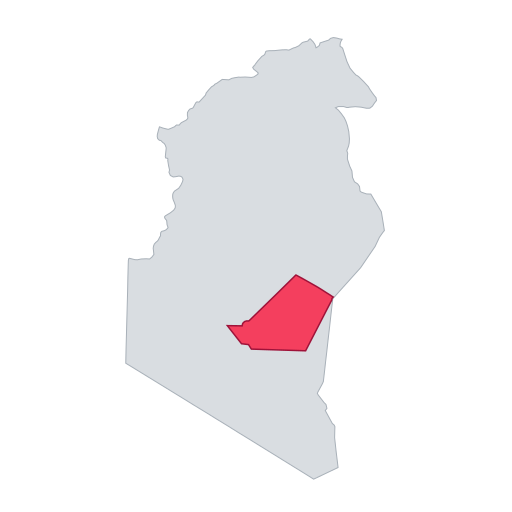 location of Borkou Yala, Borkou, Chad, rotated 182°
{"feature_id": "50815135B13621547433724", "entity_name": "Borkou Yala", "entity_type": "district", "adm_level": 2, "iso_a3": "TCD", "parent_name": "Chad", "parent_adm1": "Borkou", "projection": "robinson", "projection_center": [17.629, 17.462], "detail": "fine", "context": "in_parent", "style": "filled", "palette": "rose", "viewbox_px": 512, "rotation_deg": 182, "n_neighbors": 0, "source": "geoboundaries", "source_scale": "gbopen_adm2", "svg_char_len": 4041}
<svg xmlns="http://www.w3.org/2000/svg" viewBox="0 0 512 512"><g transform="rotate(182 256 256)"><path d="M382.4,144.3L382.6,156.6L382.7,169.0L382.8,181.3L382.9,193.7L383.0,206.0L383.1,218.4L383.3,230.7L383.4,243.1L383.4,247.1L383.1,248.8L383.0,249.0L382.5,249.3L376.8,248.1L374.3,248.1L370.7,249.0L365.6,249.4L362.2,249.3L359.9,251.4L358.1,254.0L359.0,260.1L358.8,262.1L358.1,264.3L356.6,266.1L355.0,267.5L354.1,268.8L352.9,271.5L352.1,272.8L352.2,274.6L351.9,276.4L350.9,277.4L348.5,278.1L347.0,278.9L345.7,280.2L344.9,281.2L345.3,282.5L346.0,284.2L346.3,286.9L346.6,288.5L347.8,289.8L348.5,290.8L348.8,291.9L348.1,292.9L345.1,294.9L343.9,295.6L342.6,296.6L342.1,297.0L339.9,298.9L338.8,300.6L338.3,301.9L338.4,303.9L339.5,306.7L340.7,309.2L341.2,311.0L341.4,313.0L341.3,315.0L340.7,316.6L339.6,318.1L335.6,321.0L333.6,324.1L332.0,327.8L331.6,329.9L332.1,331.2L332.9,332.4L334.1,333.0L335.9,333.2L338.8,332.5L341.5,332.1L344.4,333.5L345.9,336.6L345.4,338.9L346.5,343.1L347.5,348.2L347.4,349.9L347.8,350.5L349.7,350.8L350.1,352.0L349.5,360.9L350.4,363.4L351.6,365.2L353.0,366.1L354.3,367.3L355.1,368.1L356.7,368.3L358.4,369.9L358.9,372.0L358.8,374.1L357.8,378.6L357.0,381.7L355.9,381.4L353.8,380.7L351.2,380.1L348.1,379.5L345.1,380.8L341.8,382.4L340.8,383.5L339.9,384.2L338.5,384.1L337.1,384.3L336.4,385.5L335.2,386.7L330.6,389.3L329.6,390.3L329.0,391.2L329.0,392.2L329.5,394.3L329.5,397.0L328.4,399.1L327.2,400.5L325.8,401.1L324.7,401.4L323.9,402.2L321.5,407.1L320.4,408.0L318.3,407.8L312.1,415.0L311.5,417.2L309.2,420.2L306.4,423.5L303.8,425.2L303.6,425.8L302.9,426.4L301.3,427.2L295.9,431.3L289.3,431.1L286.4,432.7L283.6,433.4L279.5,434.2L278.2,434.1L273.0,434.5L266.8,434.3L264.4,434.9L262.1,436.5L260.5,437.8L260.2,438.3L260.5,438.9L260.4,439.3L264.8,442.6L265.9,444.3L264.8,445.9L264.2,446.1L263.5,447.5L260.9,451.2L257.1,455.7L255.1,457.0L254.3,457.8L253.3,460.8L252.6,461.2L250.0,461.6L244.7,461.9L237.4,462.9L233.0,463.2L230.3,462.9L226.5,464.9L225.1,465.5L224.3,465.6L220.5,467.6L217.4,470.7L216.3,471.3L211.8,472.6L210.1,474.7L209.3,474.9L206.4,472.1L204.5,469.5L203.5,467.0L203.4,466.2L202.9,466.3L201.3,467.5L200.0,468.7L199.4,471.2L194.8,472.9L190.9,474.3L189.1,476.1L186.3,477.0L182.8,476.6L180.1,475.9L177.5,475.6L178.7,473.4L179.2,471.7L179.4,469.7L179.2,468.3L177.6,467.6L176.6,466.5L174.3,460.1L171.9,453.5L168.6,447.0L165.0,442.9L162.4,440.3L161.6,440.0L160.2,439.2L159.3,438.5L154.5,434.1L149.6,429.1L148.3,426.9L145.8,423.5L143.1,420.1L141.6,418.5L141.0,415.6L142.9,413.1L144.9,409.8L147.4,407.7L150.7,407.5L156.1,408.4L161.9,408.7L167.6,408.0L169.1,407.6L170.6,407.6L173.6,408.4L179.0,408.2L181.8,406.9L178.8,404.7L175.6,401.1L172.6,397.2L170.8,393.7L169.1,389.2L167.6,383.5L166.7,376.3L166.8,372.2L167.3,369.2L168.9,364.5L167.9,361.6L168.1,359.4L168.0,356.0L167.4,354.3L165.4,348.8L165.0,348.1L163.1,344.3L162.3,337.9L160.2,333.6L156.9,331.6L155.0,329.1L154.3,324.6L153.0,323.5L147.8,321.9L143.4,321.9L140.2,316.9L136.1,310.5L132.3,304.6L129.9,292.7L128.6,285.9L130.2,283.8L133.3,279.0L137.3,269.7L146.4,255.3L151.0,248.0L160.2,237.0L171.5,223.5L177.8,215.9L178.9,202.1L180.0,187.5L180.9,176.4L181.9,163.3L182.8,152.3L183.4,144.3L184.3,133.0L185.1,130.9L189.5,122.0L189.9,120.8L189.0,119.3L182.8,111.8L180.9,110.1L179.8,106.2L181.4,104.0L173.9,91.3L172.0,89.8L171.2,88.2L171.2,85.9L171.1,77.2L169.1,63.4L166.6,47.5L175.4,42.9L182.1,39.4L190.6,35.0L198.5,39.6L209.9,46.1L221.3,52.6L232.8,59.2L244.2,65.7L255.7,72.3L267.2,78.8L278.6,85.4L290.1,91.9L301.6,98.5L313.2,105.0L324.7,111.6L336.2,118.1L347.8,124.7L359.3,131.2L370.9,137.8L382.4,144.3Z" fill="#d9dde1" stroke="#a8b0b8" stroke-width="1"/><path d="M282.2,185.4L279.4,182.0L267.4,167.8L267.2,167.8L260.4,167.2L257.4,162.8L203.1,163.0L179.0,214.1L178.7,214.8L178.6,216.2L177.4,217.7L178.7,218.4L180.4,219.5L184.7,222.0L188.9,224.5L192.9,226.8L207.2,234.3L215.2,238.3L215.4,238.4L215.5,238.4L235.1,217.7L260.6,191.1L261.2,190.8L263.1,190.8L265.1,190.1L266.6,188.6L267.1,187.6L267.4,185.7L282.2,185.4Z" fill="#f43f5e" stroke="#9f1239" stroke-width="1.5"/></g></svg>